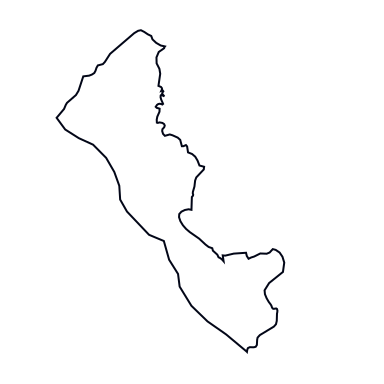 Edirne, Mercator projection, rotated 139°
{"feature_id": "TUR-2240", "entity_name": "Edirne", "entity_type": "Province", "adm_level": 1, "iso_a3": "TUR", "parent_name": "Turkey", "parent_adm1": "", "projection": "mercator", "projection_center": [26.457, 41.291], "detail": "fine", "context": "isolated", "style": "outline", "palette": "ink", "viewbox_px": 384, "rotation_deg": 139, "n_neighbors": 0, "source": "natural_earth", "source_scale": "10m", "svg_char_len": 2357}
<svg xmlns="http://www.w3.org/2000/svg" viewBox="0 0 384 384"><g transform="rotate(139 192 192)"><path d="M252.2,37.5L253.6,36.8L255.4,35.3L255.4,35.5L259.7,62.2L265.2,84.2L267.1,106.5L263.4,128.7L256.3,139.3L253.7,155.9L245.4,173.5L250.5,183.8L252.5,187.9L253.9,219.9L251.2,233.4L242.8,244.4L237.5,258.1L234.4,274.1L235.6,292.6L242.1,306.9L246.5,321.7L246.7,322.4L245.6,335.7L245.5,336.8L234.1,338.6L230.0,340.6L227.8,341.3L216.0,341.3L211.3,342.8L198.2,350.6L193.3,347.3L190.5,346.3L187.7,345.9L185.3,346.8L182.6,348.4L180.0,349.3L175.4,347.0L172.5,347.3L163.2,350.0L131.4,349.8L126.9,349.0L124.4,347.6L123.0,344.1L121.9,340.0L120.4,336.5L121.7,333.1L121.2,328.1L119.5,323.1L116.9,319.6L118.2,319.3L118.7,318.8L125.2,319.5L130.5,316.9L134.3,312.3L135.8,306.3L138.4,302.1L147.7,294.1L146.5,291.6L146.6,290.1L147.1,289.3L148.8,288.5L148.2,288.3L147.7,288.2L147.5,287.9L147.6,286.8L149.2,286.4L149.9,285.9L150.1,284.7L150.1,282.3L151.0,284.4L151.2,285.4L152.3,285.4L153.6,284.1L154.6,282.0L156.0,277.5L157.0,277.5L157.6,278.7L158.5,279.8L159.7,280.5L161.2,280.7L163.5,280.1L163.4,278.6L162.3,277.0L161.8,276.1L163.9,273.9L168.8,271.6L171.2,269.7L173.0,267.4L172.5,266.6L170.8,265.8L169.0,263.5L168.5,261.5L169.0,260.0L170.5,259.1L173.1,258.8L174.5,257.6L175.7,254.9L175.6,252.2L171.0,250.0L169.5,247.6L167.1,242.4L166.7,239.1L169.6,233.2L168.4,232.2L165.8,231.4L165.8,229.6L169.0,224.5L167.0,220.6L166.4,216.5L167.2,212.1L169.0,207.1L166.3,203.1L168.3,201.3L179.2,200.2L182.1,198.6L186.6,194.5L191.4,191.4L192.4,190.3L192.8,189.3L193.6,188.6L195.4,188.3L204.1,178.9L205.9,181.2L209.2,183.1L212.9,184.1L216.1,183.7L218.3,181.5L219.9,177.6L220.7,172.8L220.7,168.0L220.0,163.3L217.2,152.1L216.3,143.6L215.5,139.6L213.6,136.3L214.7,134.0L214.0,128.1L214.8,125.3L214.2,124.0L213.8,122.5L213.6,120.8L213.6,119.0L210.4,124.0L208.7,122.2L200.9,118.1L191.1,110.7L192.6,107.8L193.1,104.5L190.4,103.8L187.4,102.5L180.8,100.8L176.1,96.4L173.1,95.4L168.5,95.9L166.8,93.4L165.6,88.8L166.2,83.8L168.7,78.2L175.8,72.0L193.5,72.7L201.7,70.2L204.0,67.0L205.4,62.8L206.2,58.6L206.3,57.0L206.4,55.6L206.6,54.3L207.4,52.3L207.5,51.0L207.0,50.2L204.9,48.9L204.6,48.0L205.3,46.5L206.4,45.4L207.6,44.5L212.6,39.1L215.4,37.1L218.5,36.7L234.7,39.5L238.0,39.1L239.7,37.8L243.4,34.0L245.5,33.4L247.1,34.2L250.3,37.0L252.2,37.5Z" fill="none" stroke="#020617" stroke-width="2"/></g></svg>